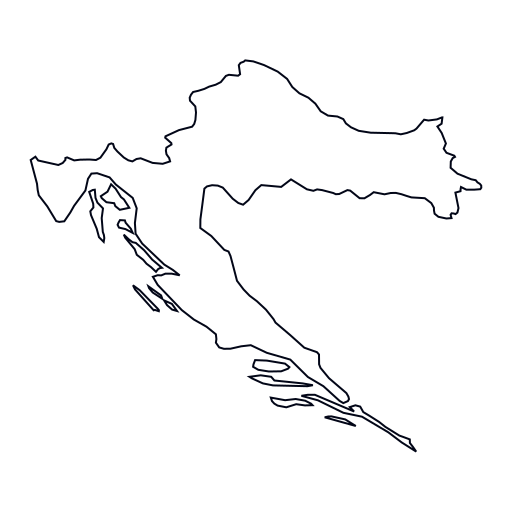 an SVG outline of Croatia
{"feature_id": "HRV", "entity_name": "Croatia", "entity_type": "country or territory", "adm_level": 0, "iso_a3": "HRV", "parent_name": "Europe", "parent_adm1": "", "projection": "robinson", "projection_center": [16.337, 44.484], "detail": "fine", "context": "isolated", "style": "outline", "palette": "ink", "viewbox_px": 512, "rotation_deg": 0, "n_neighbors": 0, "source": "natural_earth", "source_scale": "50m", "svg_char_len": 4566}
<svg xmlns="http://www.w3.org/2000/svg" viewBox="0 0 512 512"><path d="M35.4,156.7L38.2,160.5L58.3,165.0L62.7,163.0L65.4,159.9L65.4,158.0L67.1,157.4L74.2,160.4L80.0,159.7L89.3,159.5L96.0,160.0L100.4,157.7L106.4,149.3L108.7,144.5L111.3,143.4L113.1,144.0L114.3,147.9L117.4,151.5L123.8,157.5L128.3,160.3L132.4,161.4L136.5,159.0L140.7,158.3L152.6,162.9L162.7,163.8L170.1,161.4L169.2,158.1L166.5,154.3L165.9,150.7L166.4,147.6L171.5,144.5L171.3,143.1L165.2,137.7L165.5,136.3L179.0,130.1L192.1,126.7L194.2,124.0L195.4,120.0L196.0,112.5L195.3,106.4L190.0,100.7L189.7,97.7L191.0,94.7L193.1,92.0L198.3,90.8L204.4,88.9L209.2,86.6L215.7,84.7L220.8,82.1L225.9,75.9L228.9,74.8L238.1,75.7L240.1,74.2L238.8,65.2L240.5,62.9L243.7,61.7L245.2,60.4L253.3,61.4L260.1,63.7L264.1,65.1L277.7,71.6L287.1,78.9L292.3,87.0L299.4,93.3L308.4,97.7L315.4,103.7L320.7,111.3L328.0,115.6L337.4,116.5L343.3,119.1L345.9,123.4L351.0,127.3L358.7,130.8L370.7,132.7L393.6,133.2L395.6,133.3L400.8,134.3L406.8,133.0L414.2,130.3L416.5,128.6L424.1,119.7L428.4,120.5L436.9,119.4L442.0,117.4L442.4,117.4L442.1,119.7L441.6,123.7L437.4,126.5L441.7,133.0L445.9,143.5L443.7,148.7L446.5,152.8L454.3,155.7L455.0,156.9L452.7,158.1L450.8,161.5L450.6,167.8L457.5,173.7L471.3,179.3L475.7,180.2L477.5,182.4L479.8,183.8L481.2,185.5L481.3,187.7L480.3,189.2L473.8,189.7L466.4,189.7L461.0,187.0L460.6,189.0L460.5,191.2L455.4,192.6L458.5,208.1L457.4,212.6L455.5,214.1L453.8,213.5L451.6,213.3L450.6,214.8L451.5,218.1L446.4,218.5L438.4,216.8L434.6,213.7L434.0,210.6L433.9,207.7L431.3,203.1L424.8,198.2L411.4,197.4L406.5,195.9L401.4,194.2L395.8,192.9L390.7,193.0L384.5,194.3L373.7,192.2L370.0,195.0L364.4,198.3L359.6,198.2L350.2,190.6L347.4,190.1L339.2,194.0L335.8,194.2L333.2,193.0L322.1,190.1L317.1,189.4L313.4,190.8L306.9,189.3L291.0,179.4L281.2,186.9L261.3,185.1L255.4,190.2L248.6,200.0L243.1,204.7L238.3,203.0L232.7,198.7L222.8,187.6L217.8,185.6L212.1,185.2L207.0,186.4L204.4,188.6L202.3,204.9L200.4,219.3L200.3,228.0L211.3,236.0L224.3,249.9L228.5,251.5L230.5,256.0L233.6,267.7L237.0,280.8L243.6,289.5L249.6,295.7L256.9,301.2L266.0,309.7L273.5,319.1L275.5,322.6L290.1,335.0L304.3,347.7L317.0,352.2L319.0,354.5L319.1,364.3L320.5,367.9L329.0,378.2L346.4,393.1L348.4,396.6L349.0,399.1L347.9,401.1L343.3,403.1L339.6,400.9L323.4,386.2L307.9,377.0L290.3,359.6L266.8,352.8L250.8,345.2L241.2,346.3L230.5,348.7L223.9,348.8L219.2,347.4L215.9,342.7L216.4,339.1L215.9,334.3L206.5,326.7L193.8,319.5L181.8,310.1L157.7,284.9L152.9,276.8L157.7,275.2L161.2,275.4L165.3,273.7L171.9,273.7L179.7,275.3L172.8,269.9L164.3,264.6L142.2,243.6L135.6,233.7L134.9,223.0L136.7,208.3L132.7,197.9L115.8,184.5L109.6,177.4L97.1,173.2L91.4,173.6L88.0,178.8L85.4,190.5L74.1,205.8L70.3,212.5L64.3,221.3L59.2,221.9L56.2,221.1L47.3,206.4L38.8,195.3L37.7,190.1L37.0,183.7L30.7,160.0L35.4,156.7ZM409.8,439.4L409.9,443.0L413.0,447.0L416.2,451.6L401.8,442.5L388.3,432.3L362.0,416.7L343.4,412.8L317.9,400.3L301.4,395.8L307.7,394.8L314.9,394.8L354.1,411.5L349.8,407.1L355.4,405.3L360.2,406.6L363.3,412.1L369.3,415.7L379.2,422.0L385.4,426.9L399.4,435.6L402.8,436.8L409.8,439.4ZM104.3,238.1L103.7,241.9L99.0,237.2L96.7,228.7L91.0,215.1L90.3,211.3L93.4,207.5L93.2,203.7L89.2,191.9L92.7,190.0L94.8,189.7L95.5,197.9L97.4,202.6L103.0,208.4L101.7,218.1L102.8,231.9L103.9,235.0L104.3,238.1ZM129.3,207.8L119.8,209.8L115.3,206.1L114.2,203.2L106.4,202.2L101.7,198.1L100.8,196.2L107.5,191.7L111.1,184.3L115.6,188.7L121.0,197.1L123.9,199.4L129.3,207.8ZM281.2,371.3L268.9,371.5L258.3,369.8L253.1,366.8L253.5,364.3L255.1,360.1L266.9,360.6L285.0,363.6L289.4,367.1L288.0,368.7L281.2,371.3ZM312.9,385.2L307.5,386.2L273.0,385.4L262.9,383.4L251.8,378.3L249.5,376.8L260.7,375.3L271.2,376.8L274.4,380.5L302.6,383.4L312.9,385.2ZM158.0,269.2L156.0,271.8L151.0,267.1L146.5,263.7L143.2,259.8L136.8,254.8L134.7,249.2L125.2,237.7L123.8,234.6L128.6,239.2L132.5,242.2L135.8,242.9L144.1,250.2L152.2,259.6L161.9,267.8L159.9,268.1L158.0,269.2ZM270.8,397.6L285.1,400.2L295.7,399.0L305.2,400.7L311.1,403.7L312.5,405.2L304.9,405.4L296.2,404.2L286.3,407.3L277.6,405.6L274.3,403.6L272.0,401.1L270.8,397.6ZM157.8,308.8L158.9,310.2L158.8,311.2L154.8,309.9L153.7,310.3L135.0,289.4L133.0,285.3L139.7,290.2L157.8,308.8ZM130.8,228.7L132.7,232.9L125.5,229.1L119.0,227.6L117.6,224.8L118.6,222.4L120.0,220.1L124.9,220.4L125.6,222.7L130.8,228.7ZM345.2,419.4L355.8,426.0L324.7,417.3L328.2,416.5L331.5,416.4L345.2,419.4ZM171.9,303.9L177.0,311.0L172.1,309.6L167.1,305.2L164.1,300.4L171.9,303.9ZM161.1,295.4L162.3,298.8L152.7,292.5L149.1,288.2L148.4,286.3L161.1,295.4Z" fill="none" stroke="#020617" stroke-width="2"/></svg>